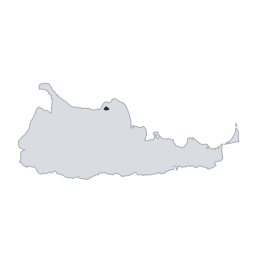 location of General Paz, Buenos Aires, Argentina, rotated 267°
{"feature_id": "61730980B14792793371960", "entity_name": "General Paz", "entity_type": "district", "adm_level": 2, "iso_a3": "ARG", "parent_name": "Argentina", "parent_adm1": "Buenos Aires", "projection": "orthographic", "projection_center": [-58.446, -35.474], "detail": "fine", "context": "in_parent", "style": "filled", "palette": "slate", "viewbox_px": 256, "rotation_deg": 267, "n_neighbors": 0, "source": "geoboundaries", "source_scale": "gbopen_adm2", "svg_char_len": 4109}
<svg xmlns="http://www.w3.org/2000/svg" viewBox="0 0 256 256"><g transform="rotate(267 128 128)"><path d="M153.1,71.7L151.6,74.4L151.9,76.2L150.5,80.5L150.9,81.4L149.7,83.4L150.1,85.6L149.5,87.7L149.8,90.4L149.3,91.2L148.4,91.4L147.7,95.1L148.5,98.7L147.8,99.4L149.1,102.0L153.2,104.3L155.3,106.7L155.3,107.6L154.2,109.1L154.1,110.3L154.7,111.9L155.7,113.0L157.6,113.6L157.9,116.0L157.5,117.5L153.8,122.7L153.0,125.0L149.6,127.4L141.0,130.1L134.2,131.3L130.4,131.2L127.8,130.2L128.1,133.2L129.4,134.0L128.7,134.1L129.3,134.6L129.1,137.1L128.3,137.6L127.8,139.6L128.0,141.4L128.8,142.8L128.1,144.3L125.3,145.9L121.9,146.4L115.5,144.5L115.8,144.1L115.4,143.9L114.4,144.5L114.2,146.5L115.1,149.6L115.1,152.3L115.5,153.1L117.8,154.0L117.7,155.1L118.5,155.2L120.1,154.8L120.2,153.9L119.3,153.7L121.5,152.9L122.4,153.9L122.6,156.7L122.3,157.5L120.6,158.1L120.1,157.9L119.0,156.1L118.2,155.7L115.9,156.9L115.7,157.5L119.2,158.7L116.8,160.4L115.0,163.0L115.3,167.8L115.0,169.1L113.7,170.4L113.6,171.3L114.1,171.8L114.0,172.7L111.3,172.6L109.6,174.2L108.0,174.9L105.5,180.4L106.2,183.0L110.0,186.4L114.3,187.0L114.9,188.2L114.9,189.7L114.5,190.6L113.1,191.6L114.4,191.5L115.0,192.2L108.4,199.4L107.7,201.4L107.7,205.5L107.3,206.3L105.9,207.2L104.8,206.5L103.9,205.1L104.0,206.3L102.7,206.9L104.4,206.8L105.3,207.7L103.3,209.3L102.8,210.7L102.8,212.6L102.1,213.7L102.8,213.4L103.9,216.9L102.3,217.4L104.4,217.7L107.3,221.5L107.2,221.9L107.1,221.4L100.7,220.3L92.5,221.1L92.4,220.5L90.1,218.6L90.3,217.0L89.7,215.7L89.9,214.5L89.3,213.1L88.5,212.7L86.0,213.9L83.8,210.2L83.5,208.1L82.7,206.8L82.9,205.0L84.2,204.7L84.3,202.7L85.8,201.0L85.5,199.3L86.4,198.1L86.5,197.2L85.1,195.0L85.4,192.4L87.0,190.2L86.4,187.8L87.3,186.5L86.0,183.4L86.8,181.9L86.2,181.2L85.9,179.5L86.9,178.9L87.3,177.0L85.9,175.5L83.8,175.2L83.5,174.4L87.3,173.8L87.5,172.4L87.2,171.7L84.2,171.7L84.0,169.8L84.4,168.6L83.7,167.5L83.7,166.4L82.7,164.9L83.3,164.0L81.2,162.7L80.7,159.9L81.1,159.2L80.6,157.8L82.1,156.2L80.9,153.6L80.3,148.6L79.8,147.3L80.6,145.0L79.8,143.8L80.5,142.6L79.8,140.1L80.7,139.7L80.7,135.2L82.9,133.6L83.2,132.6L80.8,127.2L80.7,125.0L80.3,124.1L80.5,122.8L79.9,121.1L80.3,118.8L81.8,117.7L81.9,117.0L83.4,115.3L82.9,111.7L81.9,109.9L82.7,109.1L82.9,106.3L83.9,103.2L84.9,102.6L84.3,99.3L84.4,96.3L82.9,95.9L83.0,93.7L82.4,93.3L81.9,91.1L80.7,89.2L80.5,88.3L81.0,87.7L79.8,87.0L78.9,85.3L78.9,83.6L78.9,82.4L80.0,81.4L79.7,80.7L80.4,77.1L81.6,76.8L82.1,75.5L81.4,74.9L81.4,72.8L80.5,69.9L81.5,68.3L82.0,63.6L84.6,60.0L86.1,54.6L87.6,54.4L89.1,53.1L87.2,49.9L88.1,47.7L86.6,43.4L86.9,41.7L87.7,40.7L86.5,39.1L86.8,37.7L88.2,36.0L93.5,33.1L95.2,26.1L94.0,25.0L96.7,20.8L98.8,19.9L99.6,17.8L102.5,19.5L107.3,19.3L109.8,19.9L111.7,23.7L114.0,18.3L120.7,17.8L122.1,19.6L124.7,21.7L126.6,24.5L132.2,29.0L139.3,31.1L143.7,34.1L148.7,36.7L151.2,37.3L153.1,39.2L153.6,40.6L152.4,41.7L151.6,43.7L150.3,44.9L149.7,46.2L149.8,47.9L147.2,51.2L147.3,52.4L149.9,52.2L156.2,53.5L159.3,53.6L160.3,54.2L161.9,52.6L164.6,53.3L166.4,50.7L168.2,50.2L170.1,48.4L171.0,46.2L171.6,41.3L172.6,41.7L174.4,41.1L175.9,42.1L177.1,46.3L176.7,50.2L175.9,51.8L174.0,52.6L172.9,53.7L169.9,54.4L168.2,56.5L164.4,58.6L164.6,59.8L163.4,59.7L157.1,67.8L153.1,71.7ZM108.7,237.9L106.7,223.8L108.7,226.4L107.9,226.3L107.9,227.7L109.2,227.8L110.0,229.4L113.3,232.2L117.8,235.0L122.0,235.6L121.0,237.2L117.1,238.2L114.6,237.6L108.7,237.9ZM123.7,236.4L124.9,235.8L127.3,235.6L124.2,236.9L123.7,236.4ZM130.1,132.4L130.1,133.0L129.1,132.1L130.1,132.4Z" fill="#d9dde1" stroke="#a8b0b8" stroke-width="1"/><path d="M149.8,106.9L149.7,106.8L149.2,106.7L149.3,106.6L149.1,106.4L148.8,106.2L148.6,105.9L148.2,105.6L148.1,105.8L147.9,105.9L147.9,106.0L147.7,106.2L147.6,106.3L147.6,106.5L147.8,106.6L147.7,106.8L147.5,107.0L148.1,107.6L147.9,107.8L147.6,108.1L147.6,108.3L147.8,108.4L147.9,108.5L148.0,109.0L148.0,108.9L148.0,109.0L148.1,108.9L148.3,108.9L148.3,109.0L148.2,109.0L148.3,109.1L148.5,108.9L148.7,108.7L148.8,108.6L148.9,108.4L149.1,108.2L149.3,108.0L149.6,107.7L149.8,107.4L149.6,107.1L149.8,106.9Z" fill="#64748b" stroke="#1e293b" stroke-width="1.5"/></g></svg>